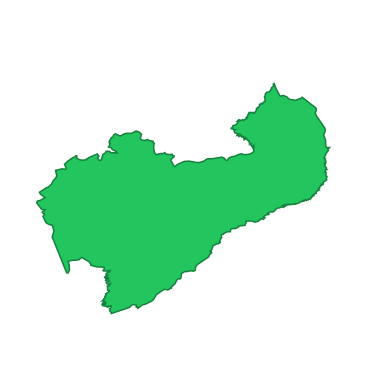 Shabunda, Sud-Kivu, Democratic Republic of the Congo, rotated 246°
{"feature_id": "63176286B28648737127916", "entity_name": "Shabunda", "entity_type": "district", "adm_level": 2, "iso_a3": "COD", "parent_name": "Democratic Republic of the Congo", "parent_adm1": "Sud-Kivu", "projection": "equal_earth", "projection_center": [27.534, -3.007], "detail": "fine", "context": "isolated", "style": "filled", "palette": "green", "viewbox_px": 384, "rotation_deg": 246, "n_neighbors": 0, "source": "geoboundaries", "source_scale": "gbopen_adm2", "svg_char_len": 6051}
<svg xmlns="http://www.w3.org/2000/svg" viewBox="0 0 384 384"><g transform="rotate(246 192 192)"><path d="M257.7,311.2L257.5,310.1L255.6,309.6L255.0,307.1L253.5,306.6L253.7,305.8L252.7,304.8L252.2,303.2L252.6,300.4L251.8,298.8L250.1,298.0L249.3,296.8L247.1,296.6L244.8,295.1L245.1,293.8L243.8,292.6L244.9,291.2L244.3,290.6L244.6,289.3L243.9,289.4L242.7,288.1L242.5,286.6L242.1,286.6L242.1,284.8L240.8,284.4L238.5,281.1L238.7,280.4L239.9,280.2L239.7,279.6L240.9,277.8L240.6,277.8L240.8,276.4L241.2,276.2L240.2,275.1L239.9,275.4L239.6,274.1L238.4,273.7L238.3,272.6L237.5,272.7L237.7,271.6L236.8,271.4L236.8,269.5L236.3,268.4L237.4,267.8L237.5,265.8L239.0,264.2L238.3,262.4L237.7,263.0L237.7,262.2L237.4,262.5L236.1,260.9L235.5,259.2L236.0,256.4L234.8,255.8L234.4,253.8L233.9,253.5L233.1,255.0L232.0,255.4L231.5,256.5L231.4,255.6L228.9,255.0L226.6,257.5L225.4,256.0L225.2,257.1L224.7,257.2L225.1,258.3L224.6,258.5L225.6,259.1L224.9,259.6L224.1,259.6L223.5,258.3L223.2,260.2L221.9,259.9L221.8,261.4L220.6,261.1L220.4,262.3L219.4,261.3L219.2,262.4L218.6,261.7L218.7,262.5L219.2,263.0L218.3,263.5L217.5,263.4L216.0,264.5L215.8,263.6L215.7,264.6L214.6,264.9L213.5,264.2L212.3,265.7L211.5,265.1L211.5,264.3L210.6,265.4L209.4,265.1L208.8,266.3L209.4,267.4L208.0,266.8L208.3,265.9L207.8,265.4L207.0,266.2L206.4,265.4L204.6,265.4L203.6,264.3L203.2,262.6L203.2,259.8L203.9,257.4L205.0,254.7L206.7,252.9L207.3,250.0L207.2,245.2L208.0,243.3L208.1,241.1L207.9,239.0L206.7,237.6L206.9,236.1L210.0,235.1L211.7,233.5L214.3,223.4L215.3,221.9L216.1,219.0L215.4,215.9L215.9,210.9L216.6,209.1L221.5,201.7L223.1,197.3L223.1,189.8L222.2,187.0L222.6,186.2L230.1,185.5L231.4,189.9L232.2,190.4L233.0,189.0L234.6,189.3L235.2,186.9L237.4,183.4L239.0,183.3L238.9,181.1L240.0,178.8L240.8,174.2L243.3,173.8L248.3,175.0L251.8,177.3L253.8,176.5L254.2,177.0L256.8,173.5L258.1,172.7L258.2,170.1L259.9,167.2L261.9,166.6L265.3,169.3L268.1,168.2L270.1,166.1L269.6,166.1L270.4,164.3L270.1,160.9L272.7,154.8L272.3,149.2L276.3,145.6L276.0,143.5L274.3,142.2L274.5,140.6L272.6,137.8L271.4,136.6L270.1,136.5L269.8,137.7L269.7,136.4L268.2,135.9L267.1,134.0L265.1,136.4L263.3,136.3L260.6,138.8L259.6,138.5L259.2,139.3L258.0,139.5L261.2,133.5L262.5,133.3L264.2,130.1L263.1,129.4L262.5,125.9L258.2,122.1L258.5,120.2L261.4,119.5L262.6,121.5L265.3,121.0L265.4,112.4L264.7,107.5L266.0,104.1L267.3,102.4L269.4,100.6L272.0,101.5L272.4,100.7L271.8,99.1L271.8,96.7L270.8,91.4L269.2,86.8L264.7,86.7L264.2,85.8L266.0,82.7L267.3,76.2L261.6,75.0L260.1,73.0L258.8,69.8L256.4,67.0L255.0,63.1L255.1,60.5L253.8,52.5L251.7,52.7L246.6,55.4L246.1,49.5L246.7,47.1L245.2,45.7L237.1,47.6L235.6,50.6L234.8,49.5L234.6,47.1L234.2,46.9L231.7,48.2L230.4,45.9L223.5,46.1L220.9,47.8L218.4,50.8L212.6,50.1L207.8,46.0L169.1,44.6L168.5,45.9L170.5,48.3L175.0,50.1L179.0,50.8L178.5,54.3L176.9,58.1L176.1,61.4L176.9,63.4L176.8,64.8L169.5,70.1L166.1,69.9L162.5,74.3L159.1,81.0L157.3,80.5L156.5,78.8L155.6,79.3L155.2,80.9L154.3,82.0L153.7,85.3L152.7,84.1L152.6,80.5L151.0,79.7L150.3,81.1L149.9,78.4L148.9,79.9L148.4,79.8L148.2,78.9L149.3,78.1L149.2,77.6L147.8,78.2L147.5,80.6L147.0,81.0L146.5,80.0L147.0,77.8L146.5,77.3L146.0,78.5L144.8,78.2L144.2,80.0L144.0,79.4L144.6,76.9L143.2,76.8L141.3,78.3L141.4,80.2L140.0,78.4L140.6,76.4L136.6,75.0L135.2,76.4L134.6,75.2L134.2,71.8L132.7,71.4L132.1,69.8L131.2,70.2L130.6,69.8L130.2,67.6L129.3,66.8L129.1,65.8L128.5,67.6L127.9,67.7L126.8,65.0L125.6,63.9L125.3,64.4L126.4,68.0L125.9,68.3L125.0,67.5L124.7,65.4L124.1,64.6L122.1,67.8L121.3,67.7L121.0,68.4L121.6,69.3L120.7,70.9L121.3,72.3L119.3,70.6L118.7,68.9L117.9,69.3L116.5,68.5L114.4,69.3L113.8,68.9L112.0,87.8L113.2,91.4L113.1,92.7L111.3,95.1L110.4,94.5L109.6,95.1L109.3,94.5L108.7,95.3L107.7,95.2L109.1,100.8L108.5,103.3L108.7,110.7L109.4,113.1L112.6,117.6L114.1,124.6L114.2,127.6L112.4,130.1L112.4,131.8L113.0,133.3L112.6,134.0L113.4,134.3L115.3,139.5L117.8,142.4L118.4,144.3L117.4,145.5L117.9,146.9L121.9,149.3L122.2,153.3L121.4,154.7L120.7,158.6L119.0,161.2L119.1,163.1L122.1,164.9L123.5,167.4L125.9,180.7L127.9,183.1L128.2,185.1L129.8,185.4L130.7,183.7L130.6,185.2L131.2,186.5L134.3,189.3L134.6,194.1L133.9,195.2L134.3,197.0L134.8,197.5L135.9,197.0L138.4,200.6L140.3,201.1L141.0,202.2L140.7,203.3L141.3,205.2L141.3,207.8L140.1,210.9L142.1,212.1L142.3,213.5L140.9,217.0L141.1,220.3L141.9,220.7L141.8,221.3L140.0,226.7L141.9,228.9L143.4,229.6L141.1,234.9L138.8,237.2L138.3,240.6L139.4,243.8L138.0,246.4L138.9,248.1L139.7,246.9L140.4,247.2L141.0,250.5L140.3,252.2L140.5,253.5L141.9,252.5L142.3,253.0L142.1,255.4L140.9,257.4L141.0,259.5L142.1,261.3L142.5,263.5L141.9,265.4L141.9,268.2L140.7,269.4L141.1,270.4L141.4,269.4L142.7,269.2L142.6,272.2L141.2,272.1L141.8,274.3L141.3,274.3L141.5,275.2L140.7,275.5L140.6,277.1L140.1,277.4L140.0,278.8L139.6,279.1L139.9,280.1L139.2,280.6L139.3,281.5L138.8,281.5L138.5,284.9L138.9,287.7L138.4,288.9L138.9,289.5L138.1,290.5L138.3,291.2L138.9,291.1L138.5,292.4L138.7,292.6L137.7,293.0L138.0,293.8L137.5,294.6L138.1,296.0L137.3,296.8L137.9,297.4L137.6,297.8L138.4,298.5L138.8,300.1L138.5,300.4L139.1,300.2L139.1,301.4L139.8,301.1L139.6,302.3L140.7,303.5L140.2,304.9L141.2,305.2L142.0,306.8L142.0,307.9L142.3,307.8L142.1,308.7L142.7,308.3L143.5,308.8L143.3,310.1L144.5,310.2L145.3,312.6L145.9,312.5L146.1,313.8L145.7,313.6L145.6,314.4L146.0,314.2L145.8,314.7L146.4,315.5L147.2,315.4L148.4,320.1L149.4,320.0L151.1,321.6L152.7,321.0L155.0,322.3L156.2,322.1L156.4,321.5L157.1,322.9L157.8,322.8L158.3,323.6L158.0,324.3L158.7,324.0L159.5,324.6L162.2,323.9L163.4,325.3L163.6,324.9L164.1,325.6L164.5,325.2L164.6,326.1L165.4,326.8L167.2,326.6L167.8,327.3L168.0,326.8L169.7,326.8L169.7,327.4L170.7,327.6L171.2,328.9L172.7,329.8L173.0,331.0L173.8,331.6L173.6,332.3L174.6,333.5L175.8,333.7L176.7,335.7L177.6,333.2L179.5,332.8L185.3,335.2L190.6,335.4L192.4,337.6L194.7,339.1L196.6,339.3L210.7,336.7L214.1,336.7L216.2,338.9L218.3,339.4L233.8,331.1L233.3,329.9L233.7,323.9L237.2,318.5L240.4,317.3L243.2,314.5L243.5,311.9L244.1,311.4L251.8,310.8L257.7,311.2Z" fill="#22c55e" stroke="#15803d" stroke-width="1.5"/></g></svg>